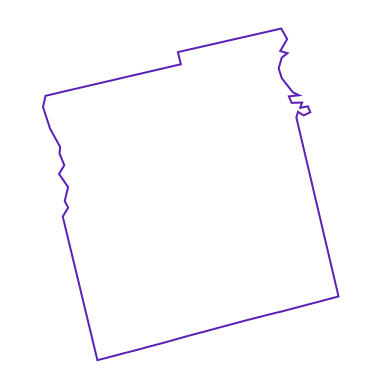 outline of Bates, Missouri, United States of America, rotated 255°
{"feature_id": "52423323B79334401878535", "entity_name": "Bates", "entity_type": "district", "adm_level": 2, "iso_a3": "USA", "parent_name": "United States of America", "parent_adm1": "Missouri", "projection": "robinson", "projection_center": [-94.392, 38.252], "detail": "fine", "context": "isolated", "style": "outline", "palette": "violet", "viewbox_px": 384, "rotation_deg": 255, "n_neighbors": 0, "source": "geoboundaries", "source_scale": "gbopen_adm2", "svg_char_len": 889}
<svg xmlns="http://www.w3.org/2000/svg" viewBox="0 0 384 384"><g transform="rotate(255 192 192)"><path d="M53.2,306.5L237.0,312.1L242.0,315.1L237.1,319.7L238.4,326.9L244.8,326.1L245.3,318.3L249.9,321.5L252.3,311.3L259.3,310.3L257.7,320.5L262.2,315.2L278.6,308.2L288.9,307.7L298.6,313.5L301.4,320.1L305.3,313.7L315.1,323.5L326.8,320.5L330.8,214.6L318.3,214.3L322.0,101.7L322.8,75.4L312.7,70.1L289.9,71.3L269.6,76.3L263.4,74.0L250.9,75.6L243.9,68.2L228.8,73.6L216.2,66.7L208.9,68.3L201.7,60.8L145.8,59.4L144.8,59.4L54.0,57.1L53.9,83.1L53.7,101.4L53.8,108.0L53.8,110.2L53.7,121.6L53.7,124.7L53.9,141.8L54.0,148.6L54.0,151.2L54.0,154.4L54.0,161.7L53.9,168.3L53.9,169.2L54.0,180.9L54.0,200.4L54.0,206.8L54.0,211.4L54.0,212.4L53.9,220.6L53.9,222.5L53.8,228.6L53.6,242.1L53.4,246.5L53.4,253.0L53.2,302.2L53.2,303.0L53.2,306.5L53.2,306.5Z" fill="none" stroke="#5b21b6" stroke-width="2"/></g></svg>